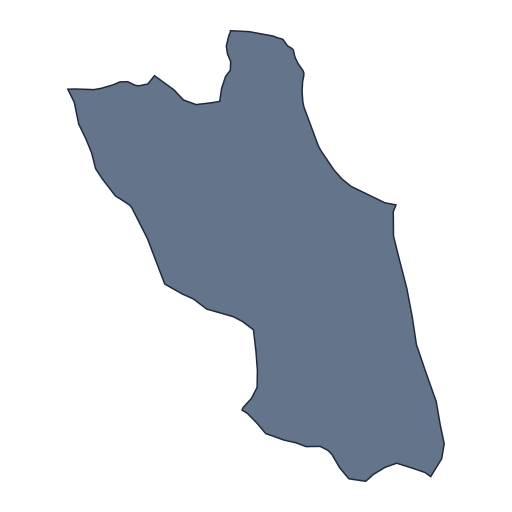 an SVG outline of Misratah
{"feature_id": "LBY-2970", "entity_name": "Misratah", "entity_type": "Municipality", "adm_level": 1, "iso_a3": "LBY", "parent_name": "Libya", "parent_adm1": "", "projection": "natural_earth1", "projection_center": [15.024, 30.913], "detail": "fine", "context": "isolated", "style": "filled", "palette": "slate", "viewbox_px": 512, "rotation_deg": 0, "n_neighbors": 0, "source": "natural_earth", "source_scale": "10m", "svg_char_len": 1381}
<svg xmlns="http://www.w3.org/2000/svg" viewBox="0 0 512 512"><path d="M230.4,30.7L248.9,31.6L273.3,36.1L278.7,38.2L281.3,38.7L283.0,39.5L287.5,45.8L291.8,48.4L293.4,50.1L294.5,55.5L295.5,58.4L298.2,63.8L303.2,71.0L303.9,73.3L303.7,76.4L302.6,81.7L302.3,87.6L302.1,91.0L302.8,101.7L303.9,107.0L318.3,145.8L321.2,151.1L334.2,170.3L342.0,179.0L350.9,186.3L384.9,202.8L396.0,204.9L395.4,206.4L393.3,211.6L393.5,236.0L398.9,257.7L406.9,288.8L412.3,317.3L416.4,344.5L425.6,371.6L436.2,401.5L440.2,424.7L444.2,443.7L441.7,458.7L430.7,476.6L425.0,472.5L413.4,468.5L396.6,463.2L385.0,467.4L373.4,474.4L365.7,481.3L348.9,478.8L339.8,468.0L331.9,454.4L328.0,450.4L320.2,446.4L306.0,446.6L295.6,442.7L284.0,440.1L265.8,433.6L256.6,422.8L247.5,413.5L242.0,410.1L243.3,407.3L251.3,398.6L257.1,387.4L257.4,370.6L256.0,352.0L253.5,329.9L243.3,322.1L242.5,321.5L233.3,316.7L206.7,309.1L193.6,299.1L182.3,294.0L164.8,284.1L158.3,267.2L147.4,238.5L131.7,207.6L129.6,205.1L123.0,200.7L115.4,195.9L102.3,178.9L95.6,168.7L91.7,153.1L86.3,139.8L78.7,124.0L74.3,102.4L67.8,89.2L75.1,89.0L94.0,89.6L101.3,88.3L113.2,84.8L120.0,81.9L127.8,81.7L135.2,85.3L138.9,85.8L147.8,84.0L154.5,75.7L174.0,89.9L183.5,100.0L196.2,104.6L211.8,102.7L219.7,101.4L221.6,88.4L225.6,76.4L230.3,70.3L230.7,61.7L227.4,53.6L226.3,46.0L228.8,35.7L230.3,32.3L230.4,30.7Z" fill="#64748b" stroke="#1e293b" stroke-width="1.5"/></svg>